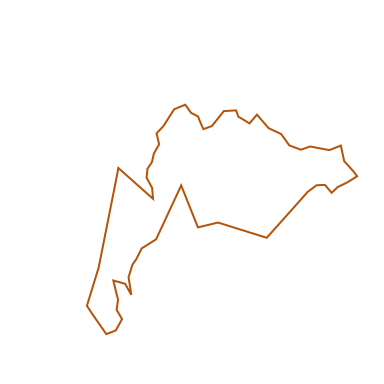 the district of Vale Real, Rio Grande do Sul, Brazil, rotated 237°
{"feature_id": "56859067B17204755964943", "entity_name": "Vale Real", "entity_type": "district", "adm_level": 2, "iso_a3": "BRA", "parent_name": "Brazil", "parent_adm1": "Rio Grande do Sul", "projection": "orthographic", "projection_center": [-51.249, -29.357], "detail": "fine", "context": "isolated", "style": "outline", "palette": "amber", "viewbox_px": 384, "rotation_deg": 237, "n_neighbors": 0, "source": "geoboundaries", "source_scale": "gbopen_adm2", "svg_char_len": 909}
<svg xmlns="http://www.w3.org/2000/svg" viewBox="0 0 384 384"><g transform="rotate(237 192 192)"><path d="M115.3,308.6L116.8,316.9L115.5,327.2L115.3,339.1L122.9,338.4L134.9,336.4L149.9,342.1L152.3,330.0L165.8,315.9L168.2,306.3L178.1,299.0L192.1,298.3L203.8,291.0L221.5,288.6L218.2,277.6L229.9,271.9L236.5,273.4L242.5,262.7L236.5,244.6L238.5,235.8L246.2,237.0L252.1,238.2L258.8,234.3L268.9,233.9L271.1,222.1L262.8,203.8L260.5,194.2L249.9,190.4L245.1,181.1L238.9,174.7L235.8,167.4L228.8,161.7L217.2,160.8L207.5,155.6L252.2,143.3L241.2,132.7L179.5,72.6L153.8,41.9L145.2,41.9L119.5,42.7L117.4,52.6L123.5,64.1L134.2,64.6L142.1,71.4L149.8,74.0L160.6,77.8L151.5,85.9L138.8,85.1L155.1,92.4L163.4,102.3L166.1,108.8L172.1,119.1L171.9,136.1L176.8,144.0L203.4,186.5L159.1,177.7L152.2,197.2L112.9,229.7L125.9,277.6L129.1,289.0L129.8,300.2L125.5,307.4L115.3,308.6Z" fill="none" stroke="#b45309" stroke-width="2"/></g></svg>